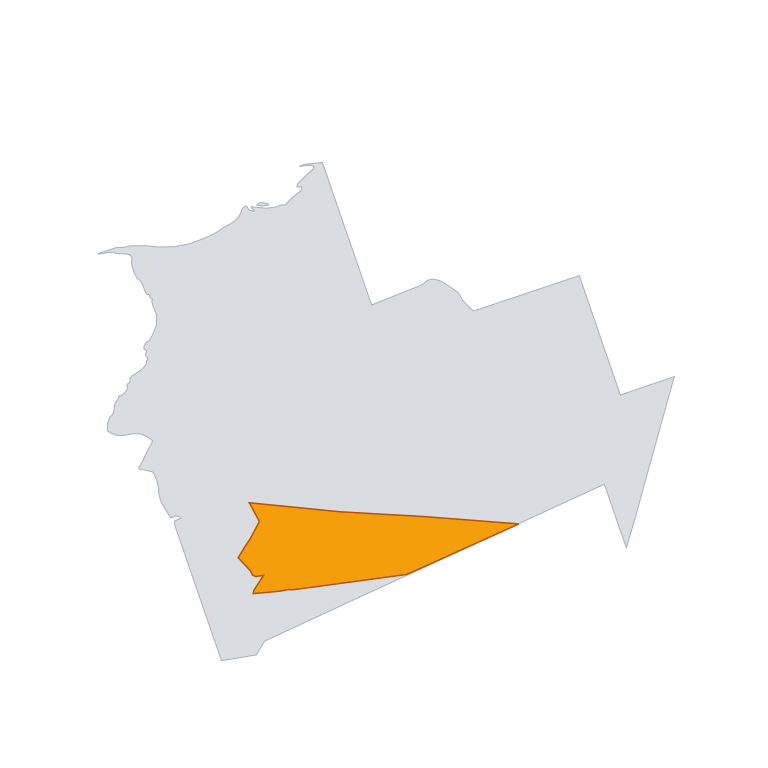 Oualata, Hodh ech Chargui, Mauritania shown in context, rotated 71°
{"feature_id": "47542326B56395627841614", "entity_name": "Oualata", "entity_type": "district", "adm_level": 2, "iso_a3": "MRT", "parent_name": "Mauritania", "parent_adm1": "Hodh ech Chargui", "projection": "robinson", "projection_center": [-7.469, 19.742], "detail": "fine", "context": "in_parent", "style": "filled", "palette": "amber", "viewbox_px": 768, "rotation_deg": 71, "n_neighbors": 0, "source": "geoboundaries", "source_scale": "gbopen_adm2", "svg_char_len": 3701}
<svg xmlns="http://www.w3.org/2000/svg" viewBox="0 0 768 768"><g transform="rotate(71 384 384)"><path d="M331.4,658.1L330.6,657.7L326.5,654.6L324.5,650.8L321.3,647.9L316.8,646.0L313.9,643.9L312.6,641.4L311.0,639.8L309.2,639.0L309.1,638.1L309.5,636.9L309.1,634.6L306.5,629.7L304.1,627.4L302.0,627.7L300.8,627.1L300.1,626.0L299.8,624.4L298.4,623.0L295.9,622.4L294.0,618.7L292.5,612.0L290.6,606.7L288.2,602.9L286.5,601.5L285.3,601.2L284.8,600.6L284.5,599.5L282.6,599.1L280.0,600.3L277.7,599.9L276.5,598.0L274.9,597.9L272.8,599.4L270.6,599.0L268.1,596.5L266.8,594.1L266.5,591.8L262.3,587.0L254.1,579.9L245.2,576.5L235.4,577.0L229.9,576.6L228.8,575.5L227.6,575.6L226.3,576.9L225.1,577.2L223.7,576.5L222.8,577.0L222.5,578.8L219.0,579.8L212.5,579.8L207.2,580.9L203.2,583.1L197.5,584.1L190.2,583.8L185.7,583.0L184.2,581.6L182.1,581.3L179.4,582.0L176.9,585.6L174.7,591.9L172.9,595.6L171.4,596.5L169.9,601.2L168.9,609.2L167.6,612.6L167.8,592.8L170.0,585.4L170.8,578.9L175.5,564.6L181.0,552.8L186.1,537.2L188.1,522.1L187.7,507.3L186.4,494.2L184.0,485.5L181.7,472.9L178.2,466.2L171.8,460.4L170.3,457.0L171.9,455.8L175.9,454.9L178.5,450.4L173.1,452.1L179.4,438.3L181.5,428.8L181.3,422.6L182.5,418.8L177.9,410.5L174.4,400.0L172.5,398.4L170.5,397.5L170.3,400.0L169.2,402.2L167.0,400.8L163.0,393.3L157.6,380.9L155.6,379.6L153.9,381.3L152.9,382.9L150.8,393.3L150.3,389.2L151.2,384.3L152.6,378.4L154.4,370.2L159.3,370.1L168.0,370.1L185.6,370.1L194.3,370.1L211.8,370.1L220.6,370.1L238.1,370.0L246.9,370.0L264.4,370.0L273.2,370.0L290.7,370.0L299.5,370.0L305.3,369.9L305.0,364.1L304.8,359.4L304.4,353.2L304.1,346.9L303.8,340.7L303.5,334.9L303.3,329.0L303.0,323.6L302.8,318.6L302.3,315.8L300.5,310.1L300.1,307.3L300.6,304.3L301.9,301.5L305.4,296.4L310.5,292.4L316.5,287.9L321.1,284.4L323.4,283.5L330.6,282.3L336.2,279.7L341.6,277.1L343.9,275.7L344.2,270.9L345.1,164.1L372.0,164.1L379.0,164.1L428.4,164.1L435.4,164.1L471.4,164.1L471.4,159.0L471.4,151.8L471.4,141.9L471.4,131.9L471.5,114.5L471.5,107.1L478.6,112.0L492.7,121.7L499.8,126.6L514.0,136.4L528.3,146.2L542.5,155.9L549.6,160.8L556.7,165.7L563.9,170.6L571.0,175.5L585.3,185.2L591.3,189.3L600.5,195.9L609.1,202.1L617.7,208.2L604.4,208.2L586.7,208.3L574.6,208.3L562.1,208.3L550.5,208.3L551.5,218.3L552.6,229.3L553.7,240.3L554.8,251.3L555.9,262.3L559.2,295.2L560.3,306.2L561.4,317.2L562.5,328.2L563.7,339.1L565.9,361.1L567.0,372.1L568.1,383.1L569.2,394.0L570.3,405.0L571.4,416.0L573.7,438.0L574.8,449.0L575.9,459.9L577.0,470.9L578.1,481.9L579.3,492.9L580.4,503.9L581.5,514.8L583.7,536.8L584.9,547.8L586.0,558.8L587.1,569.7L588.2,580.4L592.8,586.0L598.6,593.0L596.9,602.9L594.9,614.8L592.8,627.7L576.8,627.7L561.0,627.8L521.7,627.8L513.8,627.8L474.4,627.8L466.6,627.8L451.4,627.8L446.9,627.5L445.3,626.4L444.7,619.7L443.4,620.2L441.8,622.1L440.9,624.3L441.2,627.1L441.0,629.4L435.9,630.4L429.1,631.9L421.9,633.2L414.6,632.7L412.1,632.2L409.5,631.3L403.7,630.3L400.6,630.2L397.0,630.5L392.7,631.0L391.3,632.2L388.1,637.2L385.0,643.0L382.9,643.0L380.7,639.8L374.5,633.8L366.9,626.0L363.5,622.0L361.7,621.5L358.0,624.3L354.9,627.0L351.7,630.9L350.2,634.5L349.0,638.8L348.4,643.9L347.2,649.9L344.6,654.7L341.4,658.3L339.1,660.0L338.2,660.9L331.4,658.1ZM175.9,441.8L173.4,446.1L172.4,444.5L172.0,441.6L174.2,437.6L175.3,435.5L177.2,434.8L175.9,441.8Z" fill="#d9dde1" stroke="#a8b0b8" stroke-width="1"/><path d="M501.6,440.1L490.1,468.1L452.4,550.1L454.4,549.7L473.4,546.6L486.1,560.1L492.4,568.3L500.7,578.4L509.6,574.5L517.5,571.0L521.8,570.6L524.3,568.1L525.7,560.3L536.9,574.4L539.6,575.9L541.3,569.2L546.2,548.9L546.3,547.8L547.2,541.6L548.9,537.1L571.5,424.3L560.2,302.1L522.6,388.8L519.2,397.0L501.6,440.1Z" fill="#f59e0b" stroke="#b45309" stroke-width="1.5"/></g></svg>